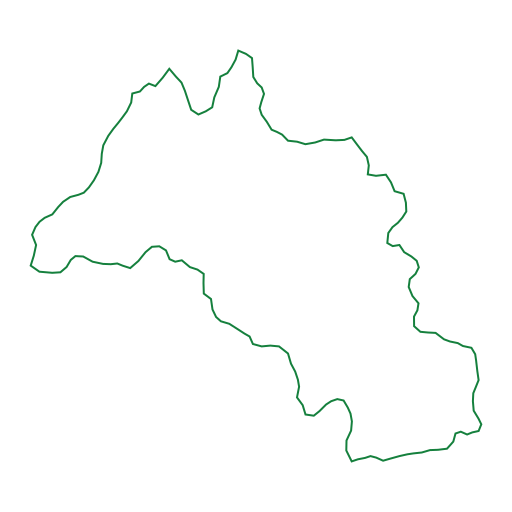 Serra Azul de Minas, Minas Gerais, Brazil
{"feature_id": "56859067B40983562978217", "entity_name": "Serra Azul de Minas", "entity_type": "district", "adm_level": 2, "iso_a3": "BRA", "parent_name": "Brazil", "parent_adm1": "Minas Gerais", "projection": "natural_earth1", "projection_center": [-43.207, -18.391], "detail": "fine", "context": "isolated", "style": "outline", "palette": "green", "viewbox_px": 512, "rotation_deg": 0, "n_neighbors": 0, "source": "geoboundaries", "source_scale": "gbopen_adm2", "svg_char_len": 2442}
<svg xmlns="http://www.w3.org/2000/svg" viewBox="0 0 512 512"><path d="M457.8,343.1L450.0,341.5L444.0,339.3L435.6,332.9L427.9,332.5L420.4,331.8L414.1,326.2L414.0,316.6L417.4,310.3L418.5,303.3L412.5,296.1L408.7,287.0L409.8,279.1L415.5,273.9L418.8,267.4L416.7,260.8L411.4,256.5L404.2,252.2L399.4,245.0L392.7,246.1L387.3,243.0L388.3,233.0L392.5,227.1L397.9,222.8L402.4,217.6L406.3,211.5L405.9,202.7L403.6,193.8L394.6,191.2L391.0,182.4L385.9,174.7L376.0,175.8L367.8,174.4L368.8,165.4L366.9,156.9L361.9,150.9L356.8,144.2L351.7,137.4L344.4,139.9L335.7,140.3L324.0,139.6L315.1,142.5L305.4,144.2L297.1,141.7L288.0,140.7L282.1,134.6L276.9,131.9L271.6,129.7L266.8,121.8L261.7,114.8L259.6,108.4L261.3,102.1L264.0,93.9L261.7,87.5L257.2,83.3L253.3,77.0L252.7,67.3L252.0,58.1L246.0,53.9L238.3,50.6L235.6,59.6L231.4,67.3L227.4,73.1L220.3,76.6L218.8,86.9L214.3,97.4L212.2,107.3L205.8,111.3L198.4,114.5L191.2,109.8L187.9,99.9L184.9,90.8L181.5,82.6L175.9,76.6L169.3,68.8L162.7,77.7L155.4,86.1L148.9,83.6L144.1,86.9L139.9,91.5L132.3,93.5L131.2,102.5L126.9,111.3L122.2,117.7L118.2,122.9L113.5,128.6L108.3,135.8L103.3,145.3L101.8,153.7L101.2,162.9L98.4,171.9L93.9,180.3L88.9,187.4L83.8,192.7L78.4,194.8L70.2,197.0L63.1,201.8L58.3,206.9L52.3,214.4L44.7,217.8L39.6,221.7L35.5,227.0L32.1,234.8L36.1,245.0L33.8,255.7L30.7,265.6L39.4,271.7L52.2,272.8L60.4,272.3L66.6,267.0L70.8,259.9L75.4,256.1L83.2,256.5L92.6,261.7L103.0,263.9L110.8,264.2L117.3,263.5L122.7,265.7L130.2,268.1L138.4,261.0L145.5,252.2L151.9,246.8L159.3,246.3L166.0,250.4L169.6,259.2L175.2,261.7L181.8,260.3L189.9,267.1L197.5,269.6L203.7,273.9L203.5,283.0L203.8,293.6L211.0,299.0L212.5,309.5L216.1,317.0L220.9,321.3L229.3,323.8L238.2,329.5L244.5,333.6L249.6,336.5L252.9,344.0L261.7,346.4L270.3,345.6L279.0,346.4L288.0,353.5L291.0,363.7L295.2,371.6L297.9,379.7L299.1,386.7L297.0,397.4L302.7,405.2L305.5,414.5L313.8,415.7L319.5,411.1L326.1,404.5L331.2,401.2L337.3,399.1L343.6,400.5L347.8,407.6L350.5,413.6L351.9,421.4L351.1,430.6L346.5,440.5L346.3,450.5L351.7,461.4L357.9,459.3L365.1,457.9L370.5,456.1L376.2,457.6L383.1,460.7L390.4,458.6L399.4,456.1L407.4,454.3L413.4,453.4L421.8,452.5L430.0,450.1L438.0,449.8L447.0,448.7L453.3,441.6L455.5,433.5L460.8,431.7L467.1,434.5L472.3,432.4L478.6,431.0L481.3,424.3L478.5,418.6L473.7,410.7L472.9,401.2L473.3,393.2L475.8,387.1L478.6,380.1L477.3,370.9L476.1,360.5L475.2,354.2L471.4,347.8L462.9,346.0L457.8,343.1Z" fill="none" stroke="#15803d" stroke-width="2"/></svg>